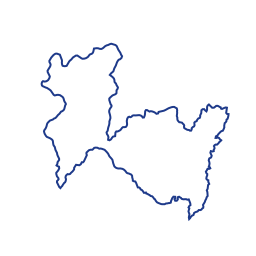 the district of Caraí, Minas Gerais, Brazil, rotated 16°
{"feature_id": "56859067B4076294409076", "entity_name": "Caraí", "entity_type": "district", "adm_level": 2, "iso_a3": "BRA", "parent_name": "Brazil", "parent_adm1": "Minas Gerais", "projection": "robinson", "projection_center": [-41.587, -17.164], "detail": "fine", "context": "isolated", "style": "outline", "palette": "blue", "viewbox_px": 256, "rotation_deg": 16, "n_neighbors": 0, "source": "geoboundaries", "source_scale": "gbopen_adm2", "svg_char_len": 5864}
<svg xmlns="http://www.w3.org/2000/svg" viewBox="0 0 256 256"><g transform="rotate(16 128 128)"><path d="M33.4,106.4L32.7,107.7L32.8,109.4L33.6,110.9L34.6,111.3L37.8,111.8L39.0,111.8L42.0,112.7L43.4,113.3L47.4,116.6L48.6,116.9L50.7,115.7L52.1,115.3L53.7,115.2L56.6,116.2L57.8,117.2L59.2,119.5L60.0,120.4L60.9,121.1L61.7,122.1L61.4,123.6L61.5,127.3L61.2,128.5L60.3,129.8L59.1,130.8L58.2,133.2L57.2,134.7L56.1,137.3L55.5,138.4L54.3,139.3L53.4,140.6L50.9,142.4L49.4,145.1L49.1,146.4L49.2,149.0L48.9,151.3L48.3,152.7L48.1,154.2L48.8,155.5L49.5,156.5L51.3,158.2L52.4,158.9L55.7,159.3L57.1,159.7L58.4,160.2L59.3,161.1L60.5,163.9L61.2,165.1L62.9,166.5L64.3,169.0L66.6,171.5L67.3,173.0L68.1,174.1L70.2,176.4L70.6,177.7L69.7,180.3L70.0,181.9L69.6,183.7L70.8,184.1L72.3,184.2L73.0,185.7L72.8,187.2L72.5,188.3L71.4,190.8L71.7,191.9L73.0,194.0L74.9,195.4L75.4,196.4L75.0,197.5L74.4,198.6L74.7,199.8L78.2,203.7L79.6,204.4L80.1,203.0L80.8,201.8L81.0,200.7L81.8,198.4L82.5,197.5L82.7,196.1L82.5,194.2L81.6,193.0L81.4,191.5L81.8,190.2L82.6,189.0L84.0,188.8L85.1,188.0L85.5,186.9L86.7,185.0L87.6,182.7L87.2,181.1L88.2,177.7L91.5,177.2L92.6,175.9L93.0,173.7L94.2,173.4L94.8,172.3L95.9,165.4L95.1,164.2L94.9,163.0L96.6,160.1L98.0,159.2L99.8,158.7L100.4,157.7L101.0,156.4L102.2,155.8L104.0,155.4L106.1,155.8L107.3,155.3L108.7,155.2L111.5,155.4L114.3,157.0L115.9,158.1L118.0,160.4L120.6,162.0L121.8,162.9L123.6,166.1L125.5,168.7L127.2,169.5L128.8,169.7L130.3,169.5L131.7,169.0L134.0,168.8L135.4,169.1L137.1,169.9L139.1,171.4L140.2,171.6L141.2,171.5L144.0,171.9L145.1,172.8L145.7,174.4L146.7,176.0L147.2,177.4L148.6,177.6L149.8,177.4L150.9,178.5L153.8,182.4L155.0,182.1L156.3,182.6L157.1,183.6L158.5,183.8L160.0,184.8L161.1,185.9L162.1,185.6L163.0,185.1L163.7,186.0L164.9,185.9L166.1,186.4L167.1,186.4L168.4,187.1L170.1,187.0L171.6,187.9L172.5,188.8L173.6,189.1L174.6,190.2L176.3,191.4L177.8,191.7L181.0,192.0L182.7,191.6L184.3,191.1L185.3,190.1L186.7,189.6L187.7,189.0L188.7,188.7L189.7,187.9L189.5,186.5L189.9,183.2L190.6,181.5L192.4,181.1L192.9,182.3L192.3,183.6L193.4,184.9L194.9,184.5L195.6,183.0L195.2,181.9L195.1,180.6L196.1,180.0L197.2,180.4L198.2,180.6L199.1,181.3L200.7,181.3L203.5,180.4L204.8,180.6L206.1,179.9L208.6,183.2L209.3,184.9L208.3,186.3L208.1,187.8L209.1,188.3L209.1,191.4L209.9,192.7L210.8,193.8L211.1,197.1L211.9,198.7L212.5,197.6L213.0,195.8L213.8,194.5L214.9,193.6L215.0,191.4L216.0,190.3L217.9,189.0L218.6,187.4L220.1,187.0L221.0,186.3L221.5,185.0L222.3,184.0L222.1,182.7L221.3,181.3L222.2,178.1L222.3,176.2L222.7,174.5L222.7,172.8L223.3,171.4L222.3,168.6L221.8,167.4L220.9,166.2L221.3,164.5L220.7,160.7L221.5,159.4L220.0,157.6L219.6,156.1L218.5,156.0L217.3,155.2L217.0,153.5L217.2,151.8L216.9,150.4L215.8,149.8L214.9,148.5L215.4,147.0L215.7,145.4L217.3,144.9L218.2,144.1L217.5,143.2L216.3,143.0L216.4,141.5L216.2,139.8L215.6,138.4L214.5,136.8L214.5,134.9L216.0,133.4L216.1,131.6L214.0,129.1L214.0,127.4L215.7,127.3L216.8,126.6L216.4,125.4L216.8,123.9L216.3,122.5L215.6,121.7L216.0,120.6L216.9,119.7L218.1,119.5L219.1,117.9L219.7,116.2L220.4,115.4L221.0,114.1L219.4,113.5L218.4,112.6L216.9,112.3L216.0,113.1L214.9,113.4L214.8,111.8L216.0,110.7L216.5,109.1L218.1,106.0L218.9,105.1L219.9,104.5L220.3,102.4L220.4,100.7L219.9,99.5L219.6,96.7L220.3,95.6L220.7,94.4L220.4,92.8L221.2,91.7L221.2,90.1L221.1,88.4L220.8,86.9L219.4,87.2L218.2,86.4L217.5,81.2L216.3,81.3L215.1,82.1L213.1,83.8L212.0,83.7L211.4,82.6L210.2,82.5L209.0,82.1L208.0,82.0L206.7,82.4L205.9,83.6L205.0,84.8L203.3,85.3L199.3,83.1L198.4,84.4L198.2,85.9L199.0,88.8L198.8,90.4L197.5,89.9L196.0,88.9L194.5,89.4L193.7,90.7L194.3,93.5L193.9,96.0L194.3,97.4L194.2,98.5L193.0,99.4L192.3,100.9L192.1,102.5L190.9,103.4L190.3,104.5L190.7,105.8L191.2,106.9L191.1,108.2L189.9,109.4L189.3,110.7L189.6,111.8L189.4,113.1L188.3,113.5L187.2,113.1L185.5,113.4L182.2,112.6L181.5,111.5L181.4,110.2L180.7,109.3L179.6,108.8L178.5,108.0L176.8,108.1L175.7,108.3L174.5,107.6L173.5,106.8L172.9,105.7L172.6,104.5L171.6,103.0L171.1,99.9L170.6,98.6L170.4,97.4L169.5,95.7L166.6,95.0L165.5,95.3L164.1,96.0L161.6,97.8L159.1,100.3L157.7,101.5L153.0,104.1L152.9,105.7L151.4,106.5L150.1,105.9L148.5,105.5L146.5,105.4L145.2,105.6L144.1,106.3L141.3,105.5L140.3,105.8L139.9,107.1L140.6,110.6L140.6,112.0L140.4,113.5L139.3,113.9L138.1,112.9L136.8,112.5L135.3,112.5L131.6,113.9L130.1,114.2L128.9,114.9L128.2,116.3L127.2,117.0L126.1,116.8L125.2,117.5L124.7,119.1L124.9,121.6L126.1,124.6L126.2,126.1L125.6,127.6L124.3,128.2L123.0,128.5L122.3,129.4L121.4,131.8L120.7,132.7L119.0,134.2L117.7,134.5L117.2,135.8L117.9,139.4L116.9,139.9L115.9,140.5L115.3,141.9L114.8,143.6L113.6,144.9L112.1,144.8L111.7,142.1L110.7,140.7L109.4,139.6L108.6,138.1L109.2,136.2L109.0,134.5L108.9,132.9L109.0,130.3L108.8,128.5L108.3,126.9L108.4,123.4L107.9,122.0L107.2,120.6L105.5,117.8L105.2,116.7L105.2,115.5L105.4,114.3L106.2,112.0L105.9,110.8L104.8,110.0L102.3,106.3L101.9,104.8L102.6,103.4L104.1,101.0L106.7,98.9L107.3,97.7L106.6,94.9L107.2,93.1L107.1,91.7L105.2,90.0L104.1,88.5L102.7,87.8L102.1,86.8L101.7,85.6L100.8,84.3L99.0,83.2L95.9,82.0L96.6,80.2L98.3,77.6L98.4,74.5L99.1,71.3L99.3,68.0L99.6,66.6L100.2,65.0L101.4,64.1L102.4,62.5L102.5,60.6L101.1,59.4L99.9,57.8L97.1,55.4L94.6,52.4L93.1,51.7L88.8,51.6L87.8,52.1L86.0,53.7L84.8,54.4L83.6,55.5L82.2,57.7L81.5,58.6L80.5,59.4L78.9,59.7L77.4,59.6L75.9,59.9L73.4,61.0L73.6,63.9L73.5,65.3L72.7,66.7L71.3,67.6L70.5,69.0L70.2,70.1L69.6,71.1L68.3,72.5L66.8,73.4L65.1,74.0L63.9,73.8L62.8,73.4L59.3,72.3L57.9,72.8L55.7,75.3L54.5,78.0L53.8,78.9L53.1,80.3L51.9,85.2L50.3,86.0L49.1,86.2L48.0,86.2L47.2,85.2L46.4,83.5L46.2,82.3L45.8,81.0L42.3,76.3L39.1,76.1L37.8,76.6L37.1,77.3L36.2,78.5L34.8,81.5L33.9,85.2L34.4,86.4L35.5,87.4L36.2,88.6L36.2,90.4L35.3,93.5L34.9,95.2L35.4,96.4L38.6,99.9L38.7,101.4L38.4,102.7L38.0,104.0L37.3,104.9L36.3,105.8L34.9,106.4L33.4,106.4Z" fill="none" stroke="#1e3a8a" stroke-width="2"/></g></svg>